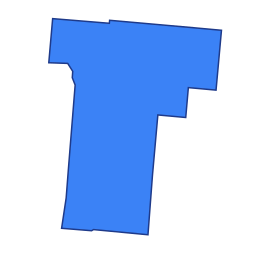 the district of Jackson, Wisconsin, United States of America, rotated 95°
{"feature_id": "52423323B52895096263984", "entity_name": "Jackson", "entity_type": "district", "adm_level": 2, "iso_a3": "USA", "parent_name": "United States of America", "parent_adm1": "Wisconsin", "projection": "equal_earth", "projection_center": [-90.803, 44.334], "detail": "fine", "context": "isolated", "style": "filled", "palette": "blue", "viewbox_px": 256, "rotation_deg": 95, "n_neighbors": 0, "source": "geoboundaries", "source_scale": "gbopen_adm2", "svg_char_len": 434}
<svg xmlns="http://www.w3.org/2000/svg" viewBox="0 0 256 256"><g transform="rotate(95 128 128)"><path d="M232.6,98.8L172.5,99.5L112.4,99.4L112.5,71.4L82.5,71.4L82.6,43.6L52.6,43.5L22.5,43.4L22.4,71.4L22.3,155.7L25.3,155.7L25.6,209.8L25.6,212.6L69.9,212.6L68.9,193.7L76.4,188.0L82.7,187.9L89.8,184.4L174.0,183.8L203.1,183.5L233.7,185.4L233.5,155.3L232.2,153.5L232.6,98.8Z" fill="#3b82f6" stroke="#1e3a8a" stroke-width="1.5"/></g></svg>